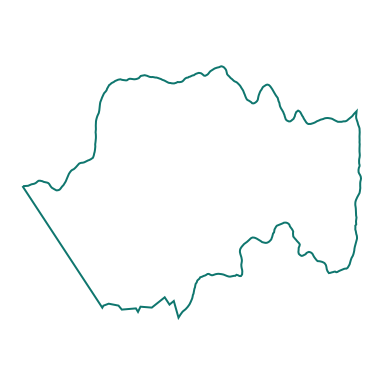 the district of VII-2 Mazaruni/L.B.E.Rive, Cuyuni-Mazaruni, Guyana
{"feature_id": "73187651B61605631045653", "entity_name": "VII-2 Mazaruni/L.B.E.Rive", "entity_type": "district", "adm_level": 2, "iso_a3": "GUY", "parent_name": "Guyana", "parent_adm1": "Cuyuni-Mazaruni", "projection": "equal_earth", "projection_center": [-59.626, 5.924], "detail": "fine", "context": "isolated", "style": "outline", "palette": "teal", "viewbox_px": 384, "rotation_deg": 0, "n_neighbors": 0, "source": "geoboundaries", "source_scale": "gbopen_adm2", "svg_char_len": 5924}
<svg xmlns="http://www.w3.org/2000/svg" viewBox="0 0 384 384"><path d="M356.5,112.1L356.6,111.2L354.1,113.8L353.3,114.8L352.5,115.9L351.5,116.8L348.3,119.4L347.2,120.4L346.2,121.0L345.2,121.3L343.7,121.3L341.5,121.8L340.3,121.8L337.9,121.8L336.6,121.2L334.4,120.1L332.3,118.9L331.0,118.5L328.6,118.1L327.4,118.0L325.9,118.1L324.5,118.4L323.2,119.0L320.5,119.7L319.3,120.3L316.6,121.4L315.6,122.1L314.6,122.6L313.4,123.1L310.8,123.9L308.5,124.0L307.5,123.6L306.5,122.7L305.7,121.6L305.0,120.4L304.3,119.4L303.6,118.2L303.1,117.0L302.3,115.9L300.4,112.3L299.4,111.3L298.1,110.6L296.2,112.1L295.1,114.8L294.8,116.3L293.5,118.9L292.2,119.9L291.3,120.7L290.1,121.4L288.8,121.4L287.5,120.8L286.6,120.3L285.7,119.2L284.7,116.2L284.4,114.9L283.8,113.6L283.2,112.0L282.1,110.1L281.1,108.5L280.4,107.1L279.9,105.8L279.3,102.7L278.6,101.3L277.7,97.9L276.9,96.8L276.0,95.6L274.6,93.3L272.2,89.1L271.3,87.8L270.4,86.5L269.1,85.2L268.2,84.8L267.2,84.6L266.0,85.0L263.7,86.5L262.8,87.2L261.5,89.6L260.6,90.8L259.9,92.2L258.8,95.1L258.4,96.6L257.8,99.7L257.1,101.0L256.2,101.9L255.3,102.6L254.2,103.2L253.2,103.4L252.1,103.2L251.2,102.2L249.1,100.8L247.9,100.2L246.9,99.5L246.0,97.8L245.4,96.4L244.8,94.7L244.3,93.6L243.8,92.3L243.1,90.5L241.1,87.4L240.5,86.3L239.4,84.9L237.2,82.7L236.1,82.0L234.9,81.5L233.9,80.9L231.8,78.9L230.8,78.2L229.0,76.2L227.9,75.2L227.1,74.1L226.3,70.7L225.8,69.5L225.0,68.5L223.9,67.3L222.8,66.7L221.6,66.3L220.5,66.5L219.4,67.1L216.9,67.7L214.6,68.5L210.4,71.2L209.4,72.3L208.5,73.5L207.7,74.4L206.4,75.2L205.1,75.8L204.0,75.6L202.0,73.9L201.1,73.3L199.8,73.0L198.6,72.9L196.0,73.8L194.8,74.5L193.9,75.2L192.4,75.5L189.9,76.7L188.9,76.9L187.9,77.6L186.8,77.7L185.5,78.3L184.4,79.3L183.5,80.4L182.4,81.4L181.2,81.9L179.9,82.1L178.6,82.1L177.6,82.0L176.4,82.7L174.2,83.4L173.1,83.4L171.7,83.3L170.5,83.0L169.0,82.9L167.8,82.4L164.3,80.5L162.3,79.8L161.1,79.1L157.4,77.8L156.2,77.5L155.1,77.5L153.8,77.2L152.5,77.0L151.3,77.1L149.8,76.9L148.7,76.5L147.1,75.8L144.7,75.2L141.9,75.7L140.7,76.0L138.8,78.1L137.4,78.7L136.0,79.1L134.2,79.3L130.7,78.8L129.5,78.8L128.3,79.3L127.1,80.2L126.1,80.4L123.0,80.0L121.9,79.8L120.4,79.3L118.2,79.7L115.1,81.0L113.6,82.1L112.3,82.7L111.3,83.3L110.2,84.4L109.2,85.0L107.1,88.7L106.5,90.4L105.5,91.7L104.2,93.1L103.6,94.2L102.0,97.7L101.5,99.1L100.3,102.2L100.0,103.9L99.3,110.4L98.8,112.9L97.5,115.7L96.9,117.4L96.4,119.2L96.0,121.1L95.8,125.5L95.9,129.2L95.6,132.4L95.8,134.0L95.9,136.3L95.9,138.0L95.7,140.1L95.5,142.1L95.2,144.3L95.3,146.7L95.1,148.7L94.9,150.4L94.6,152.1L94.2,153.4L93.9,155.0L93.4,156.6L92.9,157.8L90.7,159.3L89.3,160.0L87.9,160.5L84.3,162.3L82.8,162.7L81.4,162.8L80.2,163.1L79.0,163.7L76.1,167.0L74.7,168.4L73.6,169.3L72.4,169.8L71.2,170.7L70.0,172.2L68.9,173.9L67.2,177.9L65.7,181.5L63.4,185.2L62.2,186.4L61.2,187.7L60.4,188.8L59.5,189.7L58.5,190.1L57.4,190.3L56.3,190.3L54.1,189.1L51.8,187.7L50.7,186.4L50.0,185.3L49.2,184.0L48.3,183.1L47.1,182.6L43.8,181.9L42.3,181.2L40.0,180.7L38.5,180.8L37.4,181.6L36.3,182.6L35.2,183.3L34.0,183.8L31.5,184.3L28.1,185.8L23.8,186.1L23.6,186.5L23.0,186.9L102.3,307.7L103.4,305.7L108.7,303.7L118.5,305.6L121.8,309.6L135.9,308.4L138.0,311.9L140.5,306.7L151.8,307.6L164.7,297.3L169.5,304.6L173.8,301.0L178.5,317.7L180.3,314.8L182.1,312.3L182.9,311.4L185.6,309.2L186.6,308.1L187.6,307.0L189.5,304.4L190.9,301.5L192.2,298.4L192.6,296.7L192.9,295.0L193.5,293.7L194.4,288.8L195.0,287.3L195.2,285.9L195.6,284.0L196.7,282.4L197.3,280.6L198.3,279.6L199.4,278.7L200.2,277.3L202.1,276.7L203.7,275.9L204.8,275.6L206.2,274.9L207.5,274.0L208.8,273.9L210.3,274.7L211.5,275.2L212.7,275.2L215.6,274.2L217.2,273.9L218.5,273.8L221.2,274.1L222.3,274.3L223.6,274.6L227.3,276.1L229.1,276.6L230.3,276.6L234.2,275.8L235.3,275.8L236.5,274.8L237.9,275.2L239.4,276.0L240.5,276.1L241.0,276.0L242.1,274.4L242.2,273.1L242.3,271.3L242.1,269.7L241.7,268.2L241.4,266.4L241.3,264.6L241.8,261.7L241.9,260.1L241.4,257.3L240.4,254.2L239.9,252.0L240.0,250.1L240.4,248.8L241.3,247.3L242.0,246.4L244.1,244.0L247.1,241.8L249.2,239.9L250.1,239.0L251.3,238.0L252.6,237.5L254.0,237.6L255.1,237.9L256.7,238.6L260.8,241.1L262.1,242.1L264.5,242.7L265.9,242.9L267.1,242.7L268.2,242.2L269.3,241.5L271.2,239.5L271.7,238.1L272.2,236.8L273.1,233.4L274.0,232.5L274.3,230.9L274.5,229.5L276.1,226.6L276.9,225.7L282.6,223.4L283.9,222.7L285.4,222.6L286.4,222.7L287.5,223.1L288.7,223.9L289.5,225.0L289.9,226.3L290.8,227.6L291.8,228.9L292.7,230.4L293.2,231.6L293.0,233.2L293.1,234.9L293.3,236.6L294.0,237.4L294.9,238.6L295.8,239.5L296.8,240.8L299.3,243.5L299.8,244.7L299.4,246.2L298.7,247.8L298.6,250.0L298.4,252.0L298.8,253.8L299.7,254.7L300.7,255.5L301.8,255.9L302.9,255.6L305.6,254.2L306.5,253.0L307.6,252.4L308.9,251.9L310.1,252.2L311.4,252.8L312.5,253.9L313.9,256.6L315.1,258.3L316.7,260.3L317.6,261.1L319.9,261.3L321.9,261.8L323.3,262.4L324.4,263.0L325.2,264.0L325.9,265.1L326.3,266.5L326.8,269.4L327.6,271.3L328.9,273.1L330.5,272.8L331.7,272.4L333.0,272.1L334.2,271.7L335.2,271.6L336.2,272.2L337.3,272.0L338.5,271.3L339.7,270.7L343.3,269.2L344.3,268.8L345.5,268.6L346.5,268.6L347.6,267.8L348.3,266.7L349.6,264.4L350.8,260.1L351.5,258.1L352.8,255.8L353.4,254.2L353.9,252.3L354.3,250.3L354.4,249.0L354.8,246.9L357.0,238.7L357.0,237.1L356.8,235.6L356.3,234.1L355.8,231.2L355.3,229.4L355.4,227.1L355.3,225.7L356.2,224.5L356.0,221.3L356.5,217.5L356.1,215.5L355.8,208.5L355.6,206.9L355.3,205.0L355.3,203.6L355.4,202.1L355.9,200.2L357.3,197.1L359.5,193.1L359.8,191.7L360.3,188.1L360.2,186.2L360.2,183.0L360.4,181.4L360.8,179.8L361.0,178.4L360.7,176.5L360.1,175.1L359.2,173.6L358.6,172.2L358.5,169.9L358.9,167.7L359.5,166.4L359.6,165.1L359.2,163.7L359.1,162.3L359.1,160.5L359.2,159.1L359.6,157.2L359.8,155.3L359.7,153.7L359.5,151.7L359.5,148.4L359.7,144.2L359.5,142.2L359.6,140.2L359.5,136.5L359.6,134.5L359.7,132.3L359.5,128.4L359.1,127.0L358.4,125.3L358.0,124.1L357.6,122.4L356.8,120.1L356.2,118.1L356.1,116.4L356.5,112.1Z" fill="none" stroke="#0f766e" stroke-width="2"/></svg>